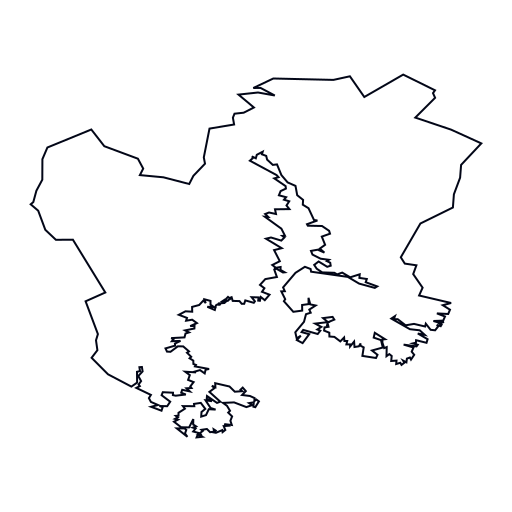 the district of Kristiansand nor, Vest-Agder, Norway
{"feature_id": "86288312B34972554267052", "entity_name": "Kristiansand nor", "entity_type": "district", "adm_level": 2, "iso_a3": "NOR", "parent_name": "Norway", "parent_adm1": "Vest-Agder", "projection": "robinson", "projection_center": [8.031, 58.172], "detail": "fine", "context": "isolated", "style": "outline", "palette": "ink", "viewbox_px": 512, "rotation_deg": 0, "n_neighbors": 0, "source": "geoboundaries", "source_scale": "gbopen_adm2", "svg_char_len": 6099}
<svg xmlns="http://www.w3.org/2000/svg" viewBox="0 0 512 512"><path d="M481.3,143.4L451.0,129.6L415.3,117.6L435.1,97.8L433.0,93.1L435.0,90.3L403.2,74.6L364.3,97.0L349.9,76.3L333.4,79.9L273.3,78.5L253.3,88.0L260.5,87.9L274.8,95.5L258.0,92.5L238.5,94.6L253.9,107.5L243.7,112.7L234.5,113.7L232.9,117.7L234.1,124.5L209.5,128.6L203.8,157.4L205.0,163.7L193.4,175.8L189.2,184.0L163.4,177.3L139.9,175.1L143.2,168.6L137.9,158.7L104.3,146.2L91.3,129.5L47.4,147.5L42.4,159.2L42.3,179.7L36.4,190.7L33.3,202.1L30.7,204.3L38.2,210.7L45.3,229.8L55.9,239.8L72.9,239.7L105.3,292.5L85.6,301.3L97.9,334.1L96.0,340.3L97.4,350.2L91.6,357.8L108.0,374.3L131.4,386.6L137.1,382.6L137.0,371.8L140.0,371.1L139.4,367.2L141.9,367.0L142.6,371.4L138.3,376.0L141.1,381.1L138.6,384.5L139.8,386.1L136.3,387.9L150.9,394.9L148.9,398.1L150.9,401.9L158.0,405.0L151.1,406.8L161.5,410.7L162.7,407.1L159.4,406.0L167.2,406.2L170.2,401.7L161.6,395.2L162.8,392.2L173.0,392.7L172.9,395.1L175.7,395.7L185.8,394.5L181.2,392.7L182.2,389.8L189.8,391.4L186.5,388.3L191.5,388.0L190.3,386.4L193.6,382.1L188.1,379.9L189.8,375.1L185.2,371.7L196.0,372.4L194.7,371.6L200.0,370.1L204.7,373.4L205.6,369.7L209.1,369.0L195.0,366.4L195.9,364.9L193.4,364.0L193.3,360.6L189.6,358.3L191.2,356.8L187.0,352.7L189.0,351.4L183.2,346.4L177.9,346.3L170.5,351.8L167.0,351.6L165.5,348.4L175.2,345.6L174.9,343.6L180.5,340.9L171.9,341.2L173.5,339.2L171.2,338.1L184.5,337.4L185.5,333.5L189.0,332.4L185.1,330.4L194.4,328.5L194.5,325.9L190.2,326.1L196.9,323.1L192.2,319.7L186.1,320.7L187.0,317.9L178.8,314.8L185.5,311.3L192.2,311.7L192.1,306.9L199.2,305.0L203.4,300.5L205.7,303.1L204.5,299.3L210.5,300.9L210.5,304.7L213.9,307.0L207.3,306.8L214.8,310.0L215.9,305.4L217.3,304.5L218.9,304.8L219.8,304.7L220.2,304.1L218.3,304.2L218.7,303.4L224.4,303.0L225.6,301.9L222.3,301.3L224.1,300.1L224.2,301.0L224.9,300.5L225.8,301.1L228.6,300.7L226.4,300.6L225.3,299.7L228.0,296.9L230.2,298.7L227.8,300.5L230.6,298.7L229.8,297.9L231.6,297.2L232.7,300.9L239.5,301.1L241.7,303.8L244.2,303.8L245.3,300.4L253.8,302.8L254.9,301.3L251.6,297.2L258.6,297.4L258.2,300.6L259.9,300.8L260.8,297.0L264.8,300.2L269.5,294.7L262.0,291.8L264.4,288.2L260.0,284.9L265.3,279.1L276.9,277.0L274.3,269.7L275.7,268.9L274.0,268.4L275.5,268.2L283.0,272.5L284.7,272.3L280.5,269.9L280.6,267.0L275.9,267.8L272.3,265.0L279.8,261.2L274.1,250.1L281.7,248.2L266.0,238.7L271.0,237.5L281.3,240.6L284.4,237.5L282.4,235.9L285.0,235.8L281.4,228.7L264.8,216.7L268.2,216.9L265.2,214.0L269.0,212.5L276.0,214.0L275.0,209.3L289.4,209.1L286.5,205.5L289.2,201.3L284.0,199.7L286.1,197.2L278.9,195.3L280.6,191.1L285.9,188.6L285.6,186.1L274.3,178.4L278.5,177.2L276.6,175.1L249.9,160.7L253.2,157.8L251.9,156.4L255.8,158.3L256.8,154.8L262.7,151.7L261.9,154.3L266.2,155.9L267.1,159.6L272.8,164.9L277.0,164.4L281.4,175.1L287.6,182.4L295.5,185.9L297.2,195.2L303.1,199.9L302.8,204.7L308.5,208.2L314.0,220.0L317.4,220.5L307.0,224.2L307.8,225.7L322.0,226.0L329.1,230.8L330.0,233.7L321.8,236.6L325.1,244.8L319.8,248.6L324.4,252.6L317.7,249.7L311.0,250.9L312.5,254.6L320.6,258.7L328.9,259.8L326.9,261.1L330.2,262.7L330.7,265.7L327.2,266.8L318.6,261.5L314.2,264.9L316.7,268.7L322.2,272.4L334.4,272.8L337.1,274.4L342.2,272.6L350.2,277.3L359.7,274.3L359.4,277.9L366.8,279.0L365.7,282.2L377.2,286.4L374.8,287.9L359.1,283.6L347.8,276.9L311.1,271.7L310.6,269.0L304.9,266.8L295.5,272.8L283.1,287.4L284.8,291.2L281.3,291.4L285.2,299.2L283.9,301.2L293.3,311.8L302.2,310.6L302.1,305.0L308.6,304.1L308.5,297.8L310.3,304.4L315.6,305.5L309.3,309.6L310.7,312.7L306.0,314.2L304.0,321.8L295.3,332.3L296.7,338.4L300.8,335.7L296.9,340.1L302.6,343.1L309.2,334.2L301.6,332.1L303.2,329.9L317.7,334.0L320.3,330.7L317.3,329.5L321.3,326.9L315.2,323.6L327.9,322.1L323.1,318.1L332.6,316.9L334.3,319.6L327.8,322.3L326.8,326.1L327.9,324.4L328.5,326.8L324.5,327.4L324.1,330.6L329.3,332.7L329.4,336.5L334.4,336.9L340.3,341.4L344.1,337.5L344.4,341.0L347.2,341.0L346.4,344.4L350.1,344.4L350.1,346.5L354.1,341.6L354.5,347.0L358.9,346.3L360.6,343.4L360.3,345.6L363.7,347.4L362.4,355.9L376.0,358.0L377.5,354.8L372.0,350.5L382.8,347.5L381.0,340.1L373.7,337.6L374.8,332.8L385.0,339.2L382.4,339.5L382.4,342.6L384.2,348.1L386.7,347.1L386.5,356.2L389.3,354.1L391.7,356.0L391.2,361.0L396.5,360.6L396.2,364.0L400.3,362.8L401.5,364.9L404.4,362.7L403.1,360.6L406.4,362.3L406.9,358.6L409.9,357.5L411.0,359.6L414.2,354.8L411.7,351.7L413.5,347.5L403.6,344.6L416.5,346.4L417.7,344.8L412.9,343.4L415.9,342.7L416.1,340.2L426.5,342.8L427.6,339.2L417.8,333.5L424.8,334.9L419.7,330.3L409.9,329.2L391.3,318.6L394.9,316.2L393.8,319.2L397.7,319.2L405.6,325.3L414.0,323.9L425.1,326.5L425.8,323.7L430.6,329.8L435.1,330.3L438.2,326.4L436.8,324.9L440.7,326.2L441.6,324.7L439.6,323.6L444.0,321.9L439.2,322.7L433.4,321.0L443.2,320.6L445.0,316.5L436.9,313.4L448.2,314.0L450.0,309.7L442.8,305.2L451.1,303.0L419.1,295.5L422.6,287.7L413.2,274.1L416.4,265.3L404.8,263.6L400.8,257.3L420.4,223.5L452.9,207.5L453.9,194.3L460.1,177.7L461.1,164.9L481.3,143.4ZM229.5,386.5L215.2,383.2L215.4,387.2L211.9,385.8L214.5,388.1L209.4,391.9L220.3,401.7L217.0,402.9L207.0,396.0L206.7,399.2L209.3,399.5L211.9,401.2L205.5,400.3L210.6,408.0L215.6,409.6L208.8,409.2L206.0,415.1L201.2,416.6L201.5,412.0L205.3,408.9L200.8,402.9L194.0,403.9L194.3,406.2L182.9,406.1L184.9,408.7L178.5,412.8L178.5,415.6L175.9,415.9L177.8,417.4L175.0,418.9L177.9,419.7L174.0,421.7L182.6,428.4L176.8,428.4L187.4,436.8L185.0,433.4L186.3,429.9L183.3,427.3L189.1,427.4L193.3,419.1L193.2,424.5L196.1,426.4L192.9,427.6L195.6,428.5L193.2,431.5L198.4,432.9L196.6,437.4L202.3,436.8L198.8,435.0L201.0,434.7L200.0,433.1L202.8,430.9L201.5,429.8L206.9,429.0L210.1,432.2L214.2,431.6L213.7,429.3L215.7,430.6L213.8,432.4L215.9,432.8L222.3,430.1L222.6,432.1L225.3,430.0L223.7,426.1L227.6,425.8L224.3,424.1L231.8,425.0L230.4,420.8L232.1,416.4L228.2,412.6L230.0,410.8L227.0,405.8L223.0,402.9L234.1,402.4L246.4,407.1L252.2,405.1L249.1,403.1L253.8,402.3L253.4,406.7L255.3,407.2L258.9,401.4L256.3,399.5L254.3,401.2L254.6,398.1L250.0,396.0L242.1,395.0L245.8,391.1L242.7,387.6L240.5,389.7L242.2,391.2L234.8,391.7L229.5,386.5Z" fill="none" stroke="#020617" stroke-width="2"/></svg>